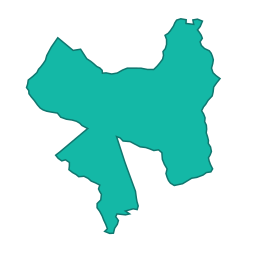 the district of Mucambo, Ceará, Brazil, rotated 264°
{"feature_id": "56859067B98065273797307", "entity_name": "Mucambo", "entity_type": "district", "adm_level": 2, "iso_a3": "BRA", "parent_name": "Brazil", "parent_adm1": "Ceará", "projection": "equal_earth", "projection_center": [-40.762, -3.894], "detail": "fine", "context": "isolated", "style": "filled", "palette": "teal", "viewbox_px": 256, "rotation_deg": 264, "n_neighbors": 0, "source": "geoboundaries", "source_scale": "gbopen_adm2", "svg_char_len": 2229}
<svg xmlns="http://www.w3.org/2000/svg" viewBox="0 0 256 256"><g transform="rotate(264 128 128)"><path d="M216.5,60.2L208.6,54.8L204.0,53.0L201.1,50.6L198.0,47.7L195.8,45.2L192.6,43.2L189.3,38.8L186.1,33.8L182.2,32.8L178.8,31.3L175.6,33.2L172.4,33.1L168.8,35.2L165.3,37.6L160.4,40.4L157.0,42.8L154.9,45.4L153.2,48.9L151.9,53.2L150.2,59.4L145.8,62.2L143.2,67.6L141.8,73.2L140.1,77.4L137.9,80.5L135.3,82.5L131.7,87.9L111.1,57.4L108.5,53.2L105.1,55.4L102.2,58.7L102.9,62.5L99.9,66.1L96.2,65.7L92.7,64.9L89.5,68.2L87.1,71.6L84.7,73.9L84.6,79.2L82.1,83.1L79.1,85.8L76.9,89.8L74.2,94.0L70.5,92.3L67.8,93.2L64.8,94.6L59.3,93.4L56.1,89.4L51.9,88.9L48.2,91.1L43.3,93.1L39.1,94.2L34.5,95.8L29.9,97.0L27.6,94.0L25.1,98.7L24.9,102.5L29.6,104.2L33.3,107.3L37.0,108.8L41.1,106.5L43.7,108.1L41.9,116.5L42.4,120.6L45.7,116.7L47.1,124.7L45.9,128.6L49.4,130.0L54.1,129.2L57.3,129.0L64.3,128.8L88.6,122.7L94.8,121.2L120.7,115.7L119.0,119.1L115.6,121.7L114.2,128.8L111.3,133.1L108.0,138.1L106.7,143.7L105.1,147.2L102.9,151.3L103.1,156.1L99.9,159.1L93.2,158.9L88.0,160.4L83.3,162.6L78.7,161.0L74.7,161.8L71.5,162.8L68.7,164.5L66.0,168.0L66.9,176.5L68.9,180.8L71.4,186.0L71.7,191.3L73.4,197.8L75.5,201.3L75.7,205.8L78.5,207.9L83.0,206.2L86.9,205.2L90.0,204.9L92.7,206.9L95.9,208.5L100.5,208.1L104.3,206.2L107.2,206.7L111.4,206.1L115.0,205.3L118.6,206.1L122.6,206.2L126.2,204.9L130.0,205.7L134.2,204.6L137.4,203.0L141.1,205.3L143.4,207.7L147.1,210.5L151.1,215.1L154.9,216.4L159.8,217.5L164.0,221.2L167.5,224.7L170.9,221.0L174.1,218.3L178.8,217.3L183.2,219.0L186.9,220.0L190.5,219.4L193.7,218.5L196.3,216.9L199.0,212.4L202.4,209.6L206.2,208.7L209.4,211.3L212.6,210.5L215.8,208.9L218.3,207.3L221.4,210.4L226.5,213.2L229.0,208.5L228.7,203.8L224.2,204.2L225.9,196.6L229.6,197.2L231.1,191.9L230.2,187.6L227.7,185.6L224.6,183.9L220.2,180.2L217.9,177.8L216.3,174.5L212.1,175.6L207.1,175.1L203.0,173.4L200.4,170.8L196.4,170.9L192.8,169.6L189.6,166.7L186.4,163.4L183.5,159.7L184.2,153.4L186.1,147.2L186.9,140.1L187.6,133.5L186.2,128.6L183.8,123.1L183.4,117.4L185.1,112.0L185.2,108.3L188.1,108.3L190.6,106.3L192.4,103.4L195.6,100.5L198.3,97.8L201.2,94.2L211.3,89.1L210.9,81.5L225.1,67.6L216.5,60.2Z" fill="#14b8a6" stroke="#0f766e" stroke-width="1.5"/></g></svg>